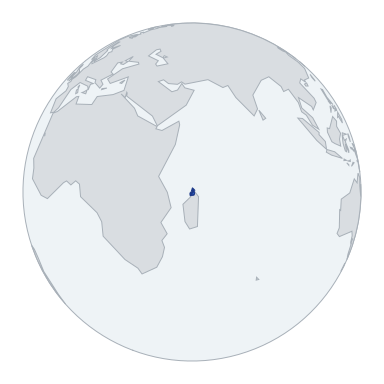 globe centered on Diana, rotated 344°
{"feature_id": "MDG-5872", "entity_name": "Diana", "entity_type": "Autonomous Province", "adm_level": 1, "iso_a3": "MDG", "parent_name": "Madagascar", "parent_adm1": "", "projection": "orthographic", "projection_center": [48.721, -13.095], "detail": "fine", "context": "on_globe", "style": "filled", "palette": "blue", "viewbox_px": 384, "rotation_deg": 344, "n_neighbors": 0, "source": "natural_earth", "source_scale": "10m", "svg_char_len": 7778}
<svg xmlns="http://www.w3.org/2000/svg" viewBox="0 0 384 384"><g transform="rotate(344 192 192)"><circle cx="192" cy="192" r="169" fill="#eef3f6" stroke="#a8b0b8"/><path d="M23.2,199.6L23.3,199.4L24.7,203.7L26.1,213.7L27.6,227.5L35.3,253.3L39.5,264.8L34.2,252.4L29.9,239.5L26.6,226.4L24.4,213.1L23.2,199.6ZM91.0,327.4L91.2,327.6L92.3,328.4L91.0,327.4ZM319.4,81.0L319.7,81.3L327.7,91.3L328.3,92.2L328.3,92.4L324.2,86.9L321.0,83.1L318.7,80.4L317.3,79.6L314.0,75.7L314.5,77.5L318.2,81.6L320.7,83.4L322.6,87.3L329.6,96.1L334.3,104.3L335.6,114.6L331.0,115.3L331.5,117.8L327.7,113.2L325.6,116.8L335.2,135.5L336.0,140.2L331.2,146.5L330.6,142.8L320.4,130.6L320.7,141.5L328.5,153.9L331.2,166.6L326.2,160.9L323.1,149.7L319.5,145.1L318.9,135.3L313.0,119.8L307.8,120.7L306.7,115.1L297.6,102.4L289.3,103.7L277.2,115.6L277.9,130.2L272.7,136.0L260.2,113.3L255.8,99.5L250.5,100.1L238.3,88.4L215.0,86.4L212.3,83.2L207.8,84.5L199.3,81.3L195.6,76.3L190.1,76.6L200.3,90.1L206.2,90.0L212.1,84.9L213.8,89.9L222.1,94.8L210.4,106.9L176.9,118.8L174.9,108.1L155.7,81.8L157.0,78.9L156.9,78.6L156.8,78.1L153.8,82.8L150.9,78.2L159.8,95.6L160.8,103.9L176.5,119.5L174.7,121.3L180.1,124.6L198.9,120.3L198.7,124.0L189.1,141.7L164.2,167.8L168.2,185.5L167.6,201.3L153.7,212.7L156.6,225.3L149.7,230.3L150.3,237.7L145.7,246.1L137.4,254.6L121.4,257.0L119.0,250.3L109.0,238.5L94.4,210.0L97.0,195.7L95.0,185.7L83.6,165.8L86.0,153.4L83.3,149.2L77.5,151.8L74.5,146.8L71.1,147.6L51.2,158.5L46.1,153.6L42.3,135.3L46.6,125.4L49.1,116.0L80.2,77.9L84.8,77.5L107.1,68.6L109.5,68.9L104.8,75.5L119.8,80.3L127.2,74.1L142.9,76.6L154.6,75.6L162.5,63.8L143.3,65.1L142.0,60.1L159.1,54.4L176.2,54.4L176.3,52.6L167.2,48.8L172.9,45.5L164.2,47.4L166.4,49.0L161.1,50.5L158.7,49.1L160.8,47.9L156.2,47.4L147.3,54.3L148.6,56.8L135.3,59.4L136.1,63.9L131.9,66.7L128.9,60.2L130.5,57.5L123.4,52.4L120.4,55.3L127.0,60.6L124.1,60.5L120.2,65.3L121.0,61.6L114.6,55.9L103.8,60.1L86.9,74.3L81.2,77.2L77.8,76.9L87.1,64.9L98.8,60.0L102.2,56.5L102.5,53.3L106.1,52.3L107.6,50.7L112.3,49.1L121.5,43.9L126.6,42.4L132.8,37.9L136.3,36.8L131.6,39.6L131.2,41.1L144.3,38.7L147.5,37.5L150.5,35.0L153.7,35.0L154.9,32.9L163.7,31.4L154.0,31.8L157.2,29.8L163.8,27.9L163.2,27.5L152.3,30.7L149.5,32.0L149.9,32.8L140.9,37.5L135.9,38.9L138.7,35.0L131.9,37.0L137.1,33.7L163.3,26.0L172.9,24.7L183.4,25.5L179.7,26.3L174.1,26.3L176.9,27.8L177.8,26.9L180.5,27.2L184.2,25.9L186.3,26.1L186.3,24.9L189.3,25.0L189.2,25.7L197.3,24.8L204.2,25.2L205.0,25.0L203.9,24.6L213.3,25.9L213.5,25.7L210.5,25.1L208.9,24.5L209.8,24.2L213.0,24.6L213.2,24.8L218.2,26.2L218.0,27.1L219.4,27.3L220.4,26.7L214.2,24.9L213.8,24.6L217.3,25.3L216.0,25.0L216.8,25.0L220.6,25.6L217.1,24.9L217.7,25.0L229.3,27.2L240.8,30.2L252.0,34.1L262.9,38.7L273.5,44.0L283.7,50.1L293.4,56.9L302.6,64.3L311.3,72.4L319.4,81.0ZM67.3,94.5L66.0,97.3L65.9,97.3L67.3,94.5ZM193.1,61.3L204.2,62.1L201.3,55.4L205.4,55.4L202.9,53.3L201.1,55.0L195.4,49.7L201.0,48.2L200.7,45.8L197.0,45.5L187.7,49.2L195.8,56.5L192.3,59.0L193.1,61.3ZM111.6,44.8L112.3,45.0L109.3,47.1L102.8,50.3L107.2,47.2L111.6,44.8ZM114.1,44.9L118.7,40.9L123.0,39.1L119.8,40.7L122.1,40.0L117.7,42.4L117.1,45.2L114.4,47.3L103.9,51.4L108.8,48.7L107.8,48.5L114.1,44.9ZM113.6,66.1L115.7,65.9L119.3,65.0L116.9,68.3L113.6,66.1ZM109.0,62.2L111.1,61.4L109.5,65.0L107.3,65.4L109.0,62.2ZM113.7,58.1L111.4,61.0L111.3,59.7L113.7,58.1ZM133.7,38.9L136.2,38.2L135.9,38.7L133.9,39.8L133.7,38.9ZM158.5,65.9L154.3,68.3L152.8,67.3L154.6,66.7L158.5,65.9ZM134.0,67.8L138.9,68.6L133.3,68.7L134.0,67.8ZM230.6,291.7L232.1,294.5L229.4,294.4L230.6,291.7ZM197.0,198.3L187.7,226.7L179.5,226.9L177.1,218.5L179.9,201.3L189.1,196.4L193.4,188.9L197.0,198.3ZM348.8,206.6L350.3,208.9L350.1,209.6L348.8,206.6ZM347.3,202.2L349.3,204.2L346.7,203.7L347.3,202.2ZM350.1,205.0L352.1,205.3L352.9,204.8L352.6,206.3L350.1,205.0ZM345.9,201.2L336.3,195.0L332.1,190.7L333.5,188.4L340.3,192.7L345.9,201.2ZM333.1,188.1L326.2,176.9L314.1,150.1L318.5,151.8L330.6,169.8L329.9,171.9L334.1,180.2L333.1,188.1ZM348.4,181.8L347.6,188.9L342.7,184.8L340.3,182.2L338.7,171.8L339.6,167.7L341.7,169.0L348.0,158.2L350.5,163.7L349.1,168.8L351.0,176.5L348.4,181.8ZM278.8,131.7L283.2,141.5L280.1,142.5L278.8,131.7ZM349.0,149.6L347.5,154.1L348.4,147.2L349.0,149.6ZM348.7,142.6L349.5,146.0L347.9,141.9L348.7,142.6ZM332.8,122.1L330.7,121.6L329.9,119.3L332.2,118.7L332.8,122.1ZM337.9,111.4L340.5,117.6L341.0,119.5L338.8,115.0L337.9,111.4ZM205.2,23.6L199.7,23.4L198.0,23.6L200.5,24.2L194.5,23.7L197.2,23.2L205.0,23.5L205.2,23.6ZM313.5,308.9L319.4,302.4L318.0,304.5L313.6,309.1L313.5,308.9ZM323.3,298.4L322.1,299.6L324.5,296.4L323.2,297.7L325.0,294.4L331.4,284.7L329.9,286.0L333.8,280.9L330.4,284.6L333.9,278.2L334.9,273.8L321.4,275.5L320.0,271.8L323.7,267.1L329.1,249.7L329.8,250.7L333.5,240.0L343.4,236.4L351.6,224.1L353.2,228.7L356.8,219.6L357.2,224.4L354.9,232.5L352.9,243.0L356.4,230.9L353.1,243.1L348.8,254.9L343.7,266.5L337.7,277.6L330.9,288.3L323.3,298.4ZM352.4,211.3L355.0,207.8L355.9,208.6L352.4,211.3ZM358.8,219.2L359.1,215.3L359.6,212.9L360.2,206.9L359.7,200.0L359.6,195.6L360.2,195.0L359.2,189.2L360.4,191.1L360.4,199.5L360.8,196.0L360.8,198.5L358.8,219.2ZM359.4,206.6L359.6,207.2L359.2,208.8L359.4,206.6ZM357.2,193.2L357.0,195.0L356.6,192.7L357.2,193.2ZM357.9,193.1L359.0,197.8L357.7,194.6L357.9,193.1ZM352.2,179.1L352.8,184.4L354.9,183.6L353.3,186.1L354.2,195.2L353.6,197.6L352.7,187.9L351.7,195.9L350.7,194.8L350.6,187.0L351.9,179.2L352.8,176.5L356.3,179.0L352.2,179.1ZM358.0,187.5L357.6,181.6L357.9,178.6L358.3,182.1L358.0,187.5ZM355.6,167.2L353.6,159.7L352.5,160.4L354.0,155.4L355.9,163.4L355.6,167.2ZM352.8,153.1L351.8,153.6L352.3,150.5L352.8,153.1ZM351.1,151.3L350.2,147.2L351.4,148.9L351.1,151.3ZM353.4,154.0L352.4,147.6L353.6,152.1L353.4,154.0ZM347.8,138.1L351.6,146.8L347.9,141.0L344.4,128.5L345.7,129.5L347.8,138.1ZM335.3,102.5L331.4,96.5L331.1,96.0L335.3,102.5Z" fill="#d9dde1" stroke="#a8b0b8" stroke-width="1"/><path d="M190.0,194.9L189.9,194.8L189.8,194.7L190.0,194.6L189.8,194.4L189.7,194.4L189.6,194.2L189.6,193.9L189.6,193.7L189.7,193.4L189.8,193.5L189.8,193.4L189.9,193.2L189.9,193.3L190.0,193.4L189.9,193.4L190.0,193.4L190.0,193.2L190.2,193.3L190.2,193.5L190.3,193.5L190.4,193.8L190.5,193.9L190.5,194.0L190.8,194.1L190.9,193.9L190.9,193.7L191.0,193.5L190.9,193.4L191.0,193.3L191.2,193.2L191.3,193.2L191.4,193.3L191.5,193.3L191.5,193.2L191.4,193.1L191.3,192.9L191.5,193.0L191.8,193.0L192.0,193.0L192.1,192.9L192.2,192.7L192.3,192.5L192.3,192.4L192.3,192.2L192.4,191.9L192.5,191.8L192.5,191.7L192.6,191.4L192.7,191.2L192.5,190.9L192.5,190.7L192.4,190.7L192.5,190.6L192.4,190.5L192.5,190.4L192.4,190.4L192.2,190.2L192.1,189.9L192.2,190.0L192.3,190.0L192.5,190.2L192.7,189.9L192.8,189.8L192.8,189.7L193.0,189.6L193.3,189.5L193.3,189.4L193.3,189.2L193.2,189.1L193.3,188.9L193.3,189.0L193.5,189.0L193.4,189.0L193.4,188.9L193.4,188.7L193.5,188.6L193.7,188.8L193.8,188.9L193.8,189.0L193.9,189.3L193.8,189.2L193.7,189.2L193.7,189.3L193.6,189.2L193.5,189.3L193.6,189.5L193.8,189.7L193.9,189.4L193.9,189.5L194.0,189.6L194.1,189.8L194.3,189.8L194.4,190.0L194.2,189.9L194.2,190.0L194.3,190.0L194.5,190.2L194.5,190.3L194.4,190.3L194.5,190.2L194.4,190.3L194.5,190.5L194.4,190.6L194.5,190.7L194.6,190.8L194.1,191.3L193.9,191.6L194.1,191.6L194.2,191.8L194.0,192.1L194.0,192.6L193.8,192.8L194.0,193.4L193.9,194.0L193.7,194.4L193.5,194.5L193.3,195.0L193.1,195.2L192.9,195.2L192.7,195.1L192.5,195.3L192.4,195.3L192.2,195.2L192.0,195.3L191.9,195.3L191.7,195.1L191.5,194.9L191.4,194.9L191.3,195.0L191.2,195.0L190.9,195.0L190.8,194.9L190.7,194.9L190.6,194.7L190.4,194.7L190.5,194.6L190.6,194.4L190.4,194.4L190.3,194.5L190.2,194.5L190.1,194.8L190.0,194.9ZM190.9,192.8L191.0,192.9L190.9,192.9L190.7,192.9L190.5,192.7L190.7,192.4L190.8,192.3L190.9,192.5L190.9,192.8Z" fill="#3b82f6" stroke="#1e3a8a" stroke-width="1.5"/></g></svg>